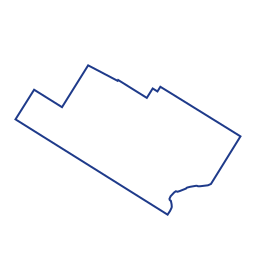 outline of Harmon, Oklahoma, United States of America, rotated 302°
{"feature_id": "52423323B18210039689715", "entity_name": "Harmon", "entity_type": "district", "adm_level": 2, "iso_a3": "USA", "parent_name": "United States of America", "parent_adm1": "Oklahoma", "projection": "orthographic", "projection_center": [-99.881, 34.769], "detail": "fine", "context": "isolated", "style": "outline", "palette": "blue", "viewbox_px": 256, "rotation_deg": 302, "n_neighbors": 0, "source": "geoboundaries", "source_scale": "gbopen_adm2", "svg_char_len": 634}
<svg xmlns="http://www.w3.org/2000/svg" viewBox="0 0 256 256"><g transform="rotate(302 128 128)"><path d="M76.4,207.5L80.0,207.6L83.5,207.2L84.5,206.8L86.4,205.4L88.5,203.4L89.0,202.8L88.9,202.3L89.2,201.4L89.9,200.7L92.7,200.3L97.8,201.3L99.7,202.1L100.2,203.8L102.1,205.4L107.4,209.3L108.3,209.4L109.0,209.9L111.1,211.9L115.1,216.4L115.5,217.1L115.7,218.3L116.8,220.0L121.8,226.2L124.5,228.0L180.5,227.8L180.2,144.8L180.1,133.6L174.6,133.6L174.6,128.0L163.5,128.0L163.5,94.2L162.5,94.2L160.0,61.0L110.7,61.0L110.7,28.1L75.7,28.0L75.6,136.4L75.6,136.5L75.5,207.5L76.4,207.5Z" fill="none" stroke="#1e3a8a" stroke-width="2"/></g></svg>